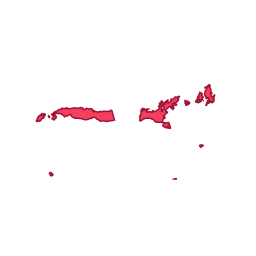 map outline of Palawan (Albers equal-area conic projection), rotated 46°
{"feature_id": "PHL-2534", "entity_name": "Palawan", "entity_type": "Province", "adm_level": 1, "iso_a3": "PHL", "parent_name": "Philippines", "parent_adm1": "", "projection": "albers", "projection_center": [119.135, 9.647], "detail": "fine", "context": "isolated", "style": "filled", "palette": "rose", "viewbox_px": 256, "rotation_deg": 46, "n_neighbors": 0, "source": "natural_earth", "source_scale": "10m", "svg_char_len": 5771}
<svg xmlns="http://www.w3.org/2000/svg" viewBox="0 0 256 256"><g transform="rotate(46 128 128)"><path d="M112.9,132.2L111.4,134.7L110.2,135.8L109.5,137.4L108.3,139.0L106.1,140.4L103.6,143.4L101.6,143.5L100.2,144.2L98.2,144.2L96.3,145.2L95.7,147.1L95.7,147.8L95.1,147.9L93.9,151.0L92.4,153.1L89.0,155.0L86.7,156.8L83.9,159.6L82.5,159.9L81.1,160.5L78.5,160.2L77.7,160.6L77.5,161.3L77.5,162.7L76.3,164.6L76.0,165.7L75.3,165.9L75.0,165.5L74.6,165.4L70.5,166.8L69.6,167.5L69.1,168.4L68.0,168.7L67.3,169.7L65.6,171.3L65.4,171.2L65.4,169.9L65.9,168.5L66.5,167.9L66.5,165.8L66.9,165.5L67.0,164.7L68.0,162.9L67.8,162.2L68.4,162.4L68.8,161.2L70.8,159.3L70.3,159.3L71.0,158.2L71.5,157.7L72.9,157.3L73.5,156.8L76.3,152.6L79.6,149.6L80.7,147.4L82.6,146.7L82.8,147.2L83.1,147.2L84.2,146.8L85.2,144.9L84.9,144.3L87.6,142.6L88.4,141.1L88.9,140.7L90.9,140.9L91.7,140.5L91.7,141.2L92.1,141.7L93.8,139.7L96.4,138.0L96.4,136.7L98.3,135.4L99.1,133.6L101.1,132.2L101.8,131.0L102.9,130.0L103.3,129.4L103.3,128.3L103.8,127.6L104.5,127.6L112.9,132.2ZM124.5,106.4L125.5,106.1L125.4,105.5L125.8,104.7L125.3,104.5L124.2,104.9L123.9,104.5L124.0,104.1L124.8,103.2L125.6,102.8L127.0,103.4L127.4,102.3L128.2,102.2L127.4,101.3L127.5,100.9L128.6,100.2L128.4,100.9L128.8,103.2L129.1,103.5L129.7,103.1L130.6,102.2L131.1,101.3L131.9,101.0L132.2,100.2L133.3,100.0L133.7,99.5L132.7,98.3L132.9,97.9L133.5,98.1L134.2,97.8L135.1,96.8L135.9,92.3L135.8,91.9L135.0,90.7L134.5,90.7L134.2,91.1L133.6,90.8L133.4,88.9L132.0,88.1L133.1,86.8L132.1,86.0L132.4,85.4L131.9,85.1L132.2,84.8L132.7,84.9L132.9,85.6L133.1,85.6L133.3,85.2L133.6,85.6L134.2,85.4L133.7,86.1L134.2,87.0L133.5,87.0L133.7,87.3L134.9,87.2L134.6,87.9L135.5,89.0L136.0,88.8L136.1,89.5L137.3,90.0L137.9,91.1L138.3,90.8L139.2,92.2L139.9,92.0L139.8,91.5L139.0,89.9L139.6,88.8L138.3,87.8L136.7,87.6L136.2,87.2L136.0,86.6L136.4,85.4L135.3,85.4L135.1,85.1L135.1,83.2L135.3,82.4L135.5,82.4L135.8,83.1L136.4,83.2L135.3,81.1L135.3,80.2L135.6,79.8L137.0,81.3L137.9,81.6L138.2,81.3L138.3,80.0L138.7,79.1L137.7,77.9L137.3,77.0L137.7,77.1L138.1,76.7L138.6,75.7L138.4,73.3L138.5,72.8L138.9,72.0L139.3,72.2L140.1,71.3L140.4,69.6L141.0,69.2L141.7,71.9L142.2,72.5L142.6,72.0L143.1,73.2L143.2,74.5L142.9,75.9L141.5,79.3L141.9,80.1L143.0,81.2L143.3,82.7L142.9,83.2L141.7,82.6L141.5,82.8L141.1,84.2L141.3,85.6L141.1,87.0L142.0,89.2L142.7,89.2L144.0,88.6L144.3,89.0L144.0,90.3L144.2,92.5L143.9,94.0L144.4,94.3L146.0,93.9L146.4,94.7L145.3,94.7L145.6,95.6L146.0,96.0L146.3,97.4L146.6,98.0L147.9,98.7L148.3,99.1L147.8,99.9L146.5,100.4L145.8,101.4L143.0,103.9L141.0,104.0L139.8,103.8L136.3,105.4L134.0,107.7L133.1,109.0L132.4,110.4L131.9,113.5L131.1,114.5L127.4,110.9L127.6,109.6L124.5,106.4ZM168.4,49.0L168.4,49.8L167.7,50.2L167.2,50.3L166.0,49.9L164.8,50.4L163.7,49.8L163.2,49.9L163.2,49.4L161.7,49.1L161.5,49.3L161.7,49.7L161.5,50.9L161.0,50.7L160.8,51.1L159.8,50.0L158.4,50.2L157.2,49.7L156.6,49.2L156.2,48.2L155.2,47.2L155.0,45.6L153.7,43.2L153.0,43.9L152.6,44.8L152.2,44.5L152.8,43.6L153.0,41.7L154.6,40.9L153.8,40.9L153.2,41.2L153.1,39.9L153.4,39.4L154.7,39.6L155.0,40.9L157.3,41.3L159.7,43.4L160.8,43.6L160.2,43.9L160.2,44.5L160.9,44.5L163.5,46.3L163.7,45.8L164.4,45.9L164.4,42.8L164.5,42.8L165.2,43.9L165.3,45.3L165.5,45.7L166.4,45.5L166.6,46.1L166.8,45.9L168.2,47.3L168.3,48.3L167.5,48.8L167.3,49.3L167.5,49.4L167.9,49.0L168.1,49.3L168.4,49.0ZM157.2,53.0L158.8,54.3L159.8,54.7L158.7,54.9L158.8,55.6L158.4,56.1L158.4,56.3L159.1,56.5L159.7,57.0L158.8,57.9L159.3,58.6L158.7,59.7L157.6,60.6L156.6,60.6L156.1,61.2L155.7,60.6L155.5,59.7L155.7,58.8L156.6,59.5L156.4,58.6L157.2,57.7L157.3,57.2L157.1,56.8L156.7,57.0L156.4,56.8L156.2,57.5L155.8,57.8L154.8,57.5L154.3,56.1L153.9,55.9L154.6,55.4L153.1,53.6L152.4,51.6L153.6,52.0L153.6,51.3L154.0,50.8L154.5,50.7L154.8,51.3L155.9,52.0L155.8,52.4L158.1,52.5L158.0,52.8L157.2,53.0ZM152.7,95.0L157.2,97.1L157.6,97.6L156.9,97.9L157.0,98.4L156.7,98.7L156.2,98.8L155.6,98.6L155.4,99.2L154.3,97.9L154.6,99.8L154.5,100.4L153.5,100.4L153.2,100.9L151.4,101.4L150.9,101.5L150.4,101.2L150.0,100.0L150.0,98.6L149.6,98.7L149.2,98.4L150.6,97.3L152.0,95.2L152.7,95.0ZM61.9,180.5L61.7,181.4L62.1,182.0L61.4,182.6L61.9,185.0L61.6,186.2L61.9,186.6L60.9,187.8L59.8,188.3L60.2,188.8L59.9,189.0L59.4,189.0L58.9,188.7L59.1,188.2L58.9,187.7L57.6,185.0L57.8,180.3L58.2,180.5L58.5,181.4L59.0,181.4L59.5,180.3L61.6,180.1L61.9,180.5ZM69.6,171.5L70.8,172.4L70.6,174.3L70.9,175.2L70.4,175.9L70.0,176.0L69.6,175.8L68.6,176.3L68.3,175.5L68.0,173.5L68.3,172.1L68.5,171.7L69.0,171.9L69.6,171.5ZM152.8,66.1L153.1,67.3L152.9,68.6L151.7,70.6L151.4,70.3L151.3,69.9L151.7,69.1L150.5,68.8L150.1,69.6L149.7,69.7L149.2,69.0L148.6,68.7L148.4,68.1L147.9,67.9L148.4,67.3L149.7,68.6L150.1,68.4L150.2,66.8L151.1,67.9L151.4,67.5L151.7,67.9L152.1,66.9L152.0,66.5L151.5,66.3L152.2,65.9L152.8,66.1ZM109.4,215.5L108.9,215.2L109.2,216.4L108.8,216.6L108.3,216.6L106.4,216.2L106.1,216.0L105.8,215.1L106.8,214.3L107.4,214.4L108.5,214.1L109.3,214.5L109.7,215.2L109.4,215.5ZM166.4,52.3L165.7,52.8L165.9,53.4L165.7,54.6L166.2,55.8L165.8,56.1L163.7,51.8L165.8,51.1L166.3,51.4L166.4,52.3ZM192.7,86.0L192.8,87.2L192.4,88.3L192.6,88.9L190.9,89.0L190.3,88.5L190.8,87.3L192.5,86.0L192.7,86.0ZM145.2,80.9L145.7,81.7L145.8,82.7L145.1,82.6L144.6,82.9L144.5,82.4L143.5,81.7L143.5,79.9L145.2,80.9ZM67.1,172.0L67.7,171.8L67.8,172.4L66.2,173.6L65.4,173.7L65.1,172.9L67.1,171.0L66.9,171.7L67.1,172.0ZM60.1,180.1L59.4,179.1L59.0,178.9L60.6,177.9L61.0,178.3L61.3,179.5L60.1,180.1ZM144.6,76.6L145.1,76.9L145.1,77.5L143.9,78.5L143.2,78.4L143.3,77.3L144.6,76.6ZM64.2,176.4L65.3,176.5L65.8,176.9L65.9,177.2L65.2,177.4L64.4,177.2L64.1,176.8L64.2,176.4ZM198.2,128.3L198.3,128.5L197.6,129.6L196.8,130.2L197.2,129.2L197.7,128.9L198.4,127.9L198.2,128.3Z" fill="#f43f5e" stroke="#9f1239" stroke-width="1.5"/></g></svg>